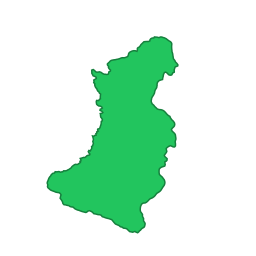 Rubelita, Minas Gerais, Brazil (Equal Earth projection), rotated 296°
{"feature_id": "56859067B88143835159179", "entity_name": "Rubelita", "entity_type": "district", "adm_level": 2, "iso_a3": "BRA", "parent_name": "Brazil", "parent_adm1": "Minas Gerais", "projection": "equal_earth", "projection_center": [-42.213, -16.362], "detail": "fine", "context": "isolated", "style": "filled", "palette": "green", "viewbox_px": 256, "rotation_deg": 296, "n_neighbors": 0, "source": "geoboundaries", "source_scale": "gbopen_adm2", "svg_char_len": 5275}
<svg xmlns="http://www.w3.org/2000/svg" viewBox="0 0 256 256"><g transform="rotate(296 128 128)"><path d="M219.5,110.3L218.1,109.3L216.8,109.1L215.9,109.5L214.8,108.6L214.0,107.0L213.2,105.6L212.5,104.5L211.1,104.0L209.7,103.5L208.7,103.1L206.7,102.9L205.5,102.5L204.7,101.8L203.7,101.5L202.3,102.2L200.8,102.4L200.6,100.6L200.0,99.3L199.0,98.0L197.9,97.1L197.0,96.4L195.9,96.0L194.9,96.0L193.9,96.3L192.2,96.4L191.0,95.5L189.5,93.9L188.7,92.1L187.9,91.1L186.6,90.0L185.5,88.8L184.7,87.7L183.8,86.6L183.1,85.5L182.3,84.4L181.4,83.3L180.4,82.7L179.0,82.3L177.5,81.7L176.4,81.4L175.5,82.1L174.8,83.6L173.8,83.9L173.0,85.0L172.4,86.9L171.4,87.2L170.1,86.2L168.6,86.6L167.6,86.6L166.8,85.5L166.4,84.1L165.8,82.8L165.9,81.1L166.2,79.3L166.0,77.8L165.2,76.7L164.5,75.5L164.4,74.1L165.0,72.9L165.3,71.1L164.1,70.0L162.7,70.8L161.2,71.6L160.5,72.7L159.6,73.8L159.8,75.5L159.6,77.2L158.6,77.8L157.3,77.0L156.1,76.2L155.1,77.0L153.7,77.3L153.3,78.7L152.0,79.3L150.8,80.4L150.1,81.4L149.6,82.7L148.8,83.5L148.0,84.6L147.6,86.2L146.8,87.0L146.5,88.5L145.0,89.0L143.5,89.6L142.2,90.4L141.3,89.8L139.8,89.6L139.0,87.7L137.8,87.9L136.8,88.5L135.6,89.4L135.2,90.5L135.0,92.1L135.6,93.8L135.4,95.2L134.6,96.2L133.7,95.7L132.7,94.8L131.6,95.1L131.6,97.3L130.9,98.6L129.8,98.1L128.8,96.7L127.9,97.5L127.0,97.9L125.8,98.8L125.2,100.1L124.4,101.2L123.2,101.7L122.2,101.1L121.1,101.6L120.1,102.0L118.6,102.3L117.3,102.4L116.2,102.7L114.7,102.4L113.8,101.3L112.9,101.5L112.1,102.6L110.8,101.6L109.7,102.2L108.8,101.6L107.6,102.5L106.8,101.4L105.6,100.9L105.3,99.6L103.9,100.9L102.5,102.0L101.3,102.2L100.4,102.3L99.1,103.6L97.7,103.8L96.5,104.0L95.4,103.4L94.4,104.1L93.4,104.4L92.1,104.2L90.9,104.2L90.7,102.7L89.4,102.6L88.5,103.7L87.9,105.2L86.9,105.3L86.1,104.2L85.0,103.2L83.8,102.8L82.6,102.2L82.1,101.0L81.1,100.0L79.7,98.4L78.9,99.5L77.8,100.1L77.0,99.4L76.2,100.3L74.8,99.6L73.7,99.0L72.9,98.3L72.4,96.8L71.6,96.0L70.5,95.4L68.9,94.6L67.1,94.3L65.9,93.6L64.9,93.1L64.0,92.3L63.0,91.7L62.0,90.5L61.3,88.9L60.0,88.5L59.4,87.5L58.7,86.8L58.6,85.0L57.4,83.3L56.8,81.7L55.4,81.7L54.3,80.3L52.5,79.5L51.1,79.5L49.8,79.1L48.2,78.9L46.1,79.1L45.0,79.2L43.9,79.2L42.8,79.7L41.8,80.8L40.8,81.1L39.9,81.4L39.2,82.3L38.8,83.7L38.3,85.6L38.4,87.6L38.6,89.2L38.7,91.3L39.2,93.1L39.7,94.8L39.2,96.2L38.5,97.2L37.6,97.2L36.5,97.5L35.1,97.8L34.5,99.0L33.9,100.1L33.0,101.4L31.6,102.6L31.0,104.1L31.5,105.4L31.8,107.2L32.3,108.9L32.0,110.4L32.3,111.8L32.8,113.2L32.5,114.4L32.1,115.7L32.1,117.4L32.2,118.8L32.5,120.1L32.6,121.6L32.8,123.4L33.2,125.3L33.6,127.2L34.7,128.0L35.9,128.5L36.8,129.7L36.9,131.5L36.7,133.1L36.0,134.8L36.6,136.9L37.0,139.1L37.7,140.7L37.8,142.1L37.0,143.8L37.3,145.3L37.4,147.0L37.8,149.1L38.2,150.8L38.3,152.2L38.5,153.5L37.7,155.3L36.9,157.0L36.2,158.8L36.3,160.9L36.4,162.8L35.9,164.4L36.3,166.0L36.0,167.8L36.5,169.2L36.9,170.9L36.5,172.1L36.1,173.4L35.6,174.9L36.0,176.3L36.4,177.9L37.2,178.7L38.1,179.6L37.9,180.9L38.1,182.6L39.4,183.2L40.6,183.4L41.6,184.0L43.0,184.3L44.2,184.8L45.1,185.5L46.1,186.0L47.1,186.0L48.3,185.7L49.4,185.4L50.4,184.4L51.1,182.9L52.3,182.2L53.6,181.6L54.4,180.3L55.5,179.4L56.7,178.9L57.5,177.5L58.3,176.0L59.7,174.9L61.6,174.1L63.0,173.7L64.3,173.6L65.8,173.7L67.2,174.6L68.1,176.2L69.3,177.1L70.6,177.7L71.9,178.1L73.2,178.5L74.2,179.0L75.1,179.8L76.0,180.6L77.0,181.1L77.9,181.6L79.2,182.0L80.5,182.2L82.0,182.6L83.4,183.5L84.4,184.1L85.5,184.6L86.6,184.9L87.6,185.0L89.7,185.2L90.9,185.4L92.0,185.6L92.9,185.6L93.9,185.5L95.3,185.0L96.3,184.3L97.3,183.3L98.2,181.6L98.9,180.3L99.3,178.8L100.0,176.6L101.5,175.5L103.1,174.7L104.7,174.1L106.2,174.5L107.4,175.2L108.6,176.4L109.9,177.7L111.4,177.5L112.6,176.6L114.0,176.0L115.1,177.0L116.1,177.2L117.6,176.6L118.2,174.6L118.6,173.4L119.4,172.6L120.6,172.8L121.8,173.0L122.9,173.2L124.1,173.1L125.0,172.2L126.3,171.3L127.8,171.8L129.4,172.7L130.7,173.9L130.8,175.3L130.8,176.9L131.4,178.2L132.7,178.5L134.0,177.9L135.1,177.3L136.1,176.5L137.3,176.2L138.7,176.0L139.8,175.5L141.1,174.6L142.6,173.6L143.5,172.4L144.1,170.5L144.7,168.8L145.7,167.7L146.9,167.8L148.1,168.2L149.1,168.6L150.2,168.8L151.6,168.5L152.8,167.7L153.6,166.5L154.2,165.2L154.5,164.0L155.0,163.0L155.8,161.6L156.8,160.6L156.9,159.0L157.2,157.7L157.7,156.4L158.4,154.9L159.0,153.2L159.2,151.3L158.9,149.6L158.3,148.1L157.9,146.1L158.5,144.4L159.0,142.7L159.8,141.1L160.3,139.1L161.7,137.5L162.7,136.9L163.9,136.6L165.2,136.2L166.7,136.2L167.9,136.4L169.0,136.5L171.0,136.5L172.3,136.1L173.8,135.8L175.1,135.9L176.8,136.1L178.1,135.7L179.0,135.5L179.9,135.0L180.8,134.7L182.0,134.5L183.3,134.9L184.4,135.3L185.5,136.4L186.7,137.8L188.2,137.3L189.8,137.0L191.4,136.5L192.6,136.4L193.7,136.4L194.7,137.2L194.7,138.5L194.2,139.9L193.7,141.2L193.9,142.7L194.8,144.0L196.0,144.1L197.2,144.1L198.4,145.1L199.4,144.7L200.4,144.0L201.8,143.9L202.9,143.6L203.9,143.8L204.6,144.7L205.6,145.5L206.6,145.2L207.5,143.6L208.1,141.8L209.2,140.5L210.0,138.7L210.8,138.0L211.7,137.4L212.8,136.6L214.2,135.7L215.3,134.7L216.1,133.9L217.1,133.4L218.1,132.7L219.2,132.1L220.1,131.6L221.5,131.0L222.8,130.5L223.6,129.7L224.2,128.4L224.3,126.7L224.6,124.9L225.0,123.1L225.0,121.3L224.7,119.8L224.6,118.5L224.0,117.2L222.8,116.3L222.4,114.4L221.8,112.9L221.4,111.8L220.2,111.7L219.5,110.3Z" fill="#22c55e" stroke="#15803d" stroke-width="1.5"/></g></svg>